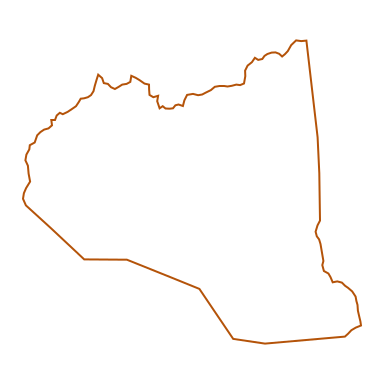 Várzea da Roça, Bahia, Brazil (Equal Earth projection)
{"feature_id": "56859067B94588370221306", "entity_name": "Várzea da Roça", "entity_type": "district", "adm_level": 2, "iso_a3": "BRA", "parent_name": "Brazil", "parent_adm1": "Bahia", "projection": "equal_earth", "projection_center": [-40.077, -11.596], "detail": "fine", "context": "isolated", "style": "outline", "palette": "amber", "viewbox_px": 384, "rotation_deg": 0, "n_neighbors": 0, "source": "geoboundaries", "source_scale": "gbopen_adm2", "svg_char_len": 1650}
<svg xmlns="http://www.w3.org/2000/svg" viewBox="0 0 384 384"><path d="M306.4,40.6L301.3,41.1L296.1,40.4L291.2,45.1L287.8,51.1L284.9,54.2L282.1,56.5L279.2,53.8L275.5,52.4L271.6,52.6L267.4,54.0L264.5,55.9L262.3,59.0L258.2,59.9L254.9,57.8L251.9,62.2L247.6,65.6L245.1,70.6L245.3,76.2L244.0,83.5L240.1,85.1L236.3,84.6L231.8,85.8L227.5,86.5L224.2,86.0L219.5,86.0L214.8,86.8L210.9,90.1L205.8,92.6L202.2,94.5L198.1,95.2L193.0,93.9L187.1,94.9L184.4,100.3L182.9,106.0L178.5,104.5L175.4,105.3L173.0,108.3L169.7,108.7L165.5,108.5L162.7,106.2L159.6,108.3L157.2,101.2L158.1,95.8L153.3,97.2L149.5,94.9L149.1,89.4L149.0,84.6L144.5,83.6L139.5,80.1L135.7,77.8L131.3,75.8L130.3,81.9L126.6,83.9L122.2,84.6L118.6,86.9L114.9,89.0L111.0,87.2L107.9,83.9L103.8,83.1L102.1,78.1L98.2,74.7L96.6,79.7L94.8,85.8L93.5,91.2L91.0,95.1L87.9,97.2L84.1,98.3L80.7,98.7L78.8,102.0L76.0,106.2L72.4,108.7L67.6,111.9L62.8,114.2L59.8,112.8L56.7,115.5L55.0,120.0L51.3,120.0L52.0,125.3L48.5,128.4L44.1,129.6L40.4,132.1L37.2,135.3L34.7,142.5L29.8,145.2L29.3,149.4L26.4,154.6L25.4,160.3L27.9,165.7L28.6,173.6L30.1,181.6L26.1,188.1L23.9,193.2L23.0,198.8L25.9,205.4L50.4,227.7L74.1,249.9L84.2,259.4L126.9,259.7L171.0,277.4L199.4,288.9L213.5,309.8L233.2,338.9L265.0,343.6L344.9,336.6L347.9,333.9L351.4,330.2L355.8,327.6L361.0,325.5L360.4,321.4L359.3,316.8L357.9,310.7L357.5,304.9L356.4,301.0L355.6,296.6L352.2,291.4L348.0,287.8L345.1,285.8L341.9,282.6L337.3,281.4L332.7,282.3L330.5,277.1L328.4,273.5L323.9,271.0L322.3,265.1L323.4,261.0L320.5,244.0L319.1,239.4L316.8,236.3L315.6,231.7L317.5,225.4L320.0,220.6L319.3,173.2L317.6,137.3L306.4,40.6Z" fill="none" stroke="#b45309" stroke-width="2"/></svg>